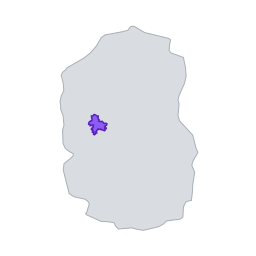 location of Petrovets, Skopje, North Macedonia, rotated 280°
{"feature_id": "65306769B87468718843329", "entity_name": "Petrovets", "entity_type": "district", "adm_level": 2, "iso_a3": "MKD", "parent_name": "North Macedonia", "parent_adm1": "Skopje", "projection": "natural_earth1", "projection_center": [21.679, 41.91], "detail": "fine", "context": "in_parent", "style": "filled", "palette": "violet", "viewbox_px": 256, "rotation_deg": 280, "n_neighbors": 0, "source": "geoboundaries", "source_scale": "gbopen_adm2", "svg_char_len": 2415}
<svg xmlns="http://www.w3.org/2000/svg" viewBox="0 0 256 256"><g transform="rotate(280 128 128)"><path d="M115.0,64.0L119.4,64.5L129.0,61.9L134.9,58.4L138.0,57.9L142.0,56.5L147.8,56.7L153.7,58.3L161.1,56.3L168.4,53.0L171.4,53.8L174.6,56.6L176.7,57.4L188.9,72.1L195.6,78.1L203.5,82.7L212.4,86.0L215.7,89.2L221.5,104.9L224.2,110.9L228.0,112.7L229.0,114.4L229.1,116.7L224.9,127.8L223.3,152.6L222.2,154.6L217.7,154.5L211.8,155.0L209.5,156.9L207.1,170.3L197.5,174.1L188.8,176.3L181.5,175.8L168.5,172.6L164.3,172.3L160.7,174.1L149.2,175.0L144.1,177.4L132.2,193.0L120.2,198.4L116.0,201.1L106.8,197.7L102.4,197.3L96.0,201.3L82.0,201.7L78.3,202.4L67.5,203.0L67.0,200.9L65.1,197.7L60.0,196.3L49.8,197.5L47.3,195.2L43.1,181.9L39.8,179.8L36.1,175.3L29.9,160.9L29.8,154.6L30.3,149.1L26.9,136.2L29.0,132.9L32.2,130.9L32.3,125.6L31.4,117.7L35.3,102.2L36.3,101.1L37.3,101.9L46.5,103.1L48.9,101.1L50.4,98.1L50.9,86.7L53.1,81.5L75.4,71.5L81.9,71.2L86.9,75.7L90.9,78.7L93.3,78.6L94.1,75.6L96.8,70.0L101.4,66.7L114.9,63.9L115.0,64.0Z" fill="#d9dde1" stroke="#a8b0b8" stroke-width="1"/><path d="M134.3,96.7L134.6,96.6L134.5,95.3L135.1,94.0L135.5,92.5L135.0,91.9L133.8,91.3L133.5,89.9L131.4,90.5L130.9,90.9L129.2,91.2L128.8,90.8L128.8,90.3L128.2,90.1L128.1,89.6L127.5,89.3L127.4,89.0L126.8,88.6L125.4,88.5L124.7,88.6L124.5,90.2L123.8,90.4L124.3,90.8L124.0,91.2L124.1,91.6L124.5,91.8L125.2,92.9L124.5,93.5L123.5,93.5L123.3,93.3L122.5,93.5L122.1,93.3L122.2,92.9L121.5,92.5L121.3,92.6L121.2,92.2L120.6,92.0L120.3,92.4L120.4,93.2L120.1,93.6L119.9,93.7L119.6,93.1L119.4,93.1L118.5,93.6L118.7,94.0L118.2,94.1L117.7,93.9L117.8,94.7L117.2,94.8L116.9,95.4L116.5,95.5L116.3,95.1L115.7,95.2L115.8,96.0L115.6,96.3L116.7,97.1L117.0,97.0L117.0,96.6L117.4,96.6L117.5,97.5L117.9,97.8L118.3,97.5L118.1,97.9L118.5,97.8L118.9,97.0L119.5,97.6L121.4,98.3L121.6,98.5L121.4,98.7L121.9,98.9L121.7,99.9L121.9,100.7L122.2,101.0L121.5,101.9L122.0,102.7L121.6,103.5L121.3,104.6L121.1,105.0L120.8,104.9L121.7,105.8L122.0,105.6L122.5,105.6L122.8,105.3L123.6,105.3L123.9,105.0L124.4,105.7L123.8,106.2L123.7,106.6L124.5,106.3L124.9,105.4L125.3,105.2L125.6,105.3L125.7,104.8L126.0,104.9L127.1,106.4L128.3,106.6L128.7,106.2L128.8,105.8L128.5,103.3L129.5,102.2L129.7,101.6L130.1,101.2L129.9,100.7L129.7,100.7L129.6,99.1L129.4,98.6L129.9,97.9L130.5,98.2L131.2,98.1L131.6,97.3L132.7,97.0L133.0,96.5L134.3,96.7Z" fill="#8b5cf6" stroke="#5b21b6" stroke-width="1.5"/></g></svg>